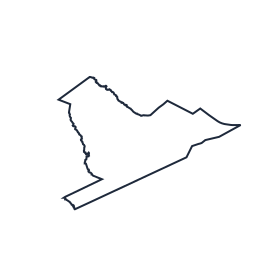 outline of Caucete, San Juan, Argentina, rotated 324°
{"feature_id": "61730980B84345100673034", "entity_name": "Caucete", "entity_type": "district", "adm_level": 2, "iso_a3": "ARG", "parent_name": "Argentina", "parent_adm1": "San Juan", "projection": "orthographic", "projection_center": [-67.711, -31.425], "detail": "fine", "context": "isolated", "style": "outline", "palette": "slate", "viewbox_px": 256, "rotation_deg": 324, "n_neighbors": 0, "source": "geoboundaries", "source_scale": "gbopen_adm2", "svg_char_len": 5191}
<svg xmlns="http://www.w3.org/2000/svg" viewBox="0 0 256 256"><g transform="rotate(324 128 128)"><path d="M158.1,186.1L169.2,180.3L175.9,182.4L177.0,182.9L177.5,183.0L178.6,183.4L179.4,183.4L181.3,183.3L182.3,183.3L183.4,183.2L196.5,188.7L220.9,191.8L214.3,187.1L212.9,185.9L209.3,182.4L208.3,181.4L206.8,179.5L205.7,177.7L205.5,177.4L204.5,175.1L201.1,165.2L197.9,154.7L188.8,154.6L175.9,129.1L170.5,129.6L164.8,129.6L153.7,130.8L151.7,129.8L151.1,129.4L149.6,128.1L148.9,127.7L148.7,127.3L148.4,127.0L148.1,126.8L147.1,126.5L146.9,126.2L145.8,125.9L145.7,125.8L145.5,125.1L145.3,124.7L145.1,124.3L144.4,123.1L144.3,122.9L143.7,122.3L143.7,122.0L143.7,121.5L143.4,121.3L143.1,121.2L142.7,120.4L142.6,119.8L142.4,119.4L142.0,118.4L141.8,117.4L141.8,116.3L141.7,116.0L141.7,115.5L141.5,115.0L141.5,114.9L141.5,114.7L141.5,113.9L141.2,113.5L140.9,112.8L140.7,112.3L140.6,112.1L140.3,111.3L140.1,111.0L140.1,110.7L139.8,110.5L139.7,110.4L139.8,110.0L139.7,109.6L140.4,108.9L140.4,108.6L140.2,108.3L139.9,108.1L139.7,108.0L139.4,108.2L139.2,108.0L139.3,107.6L139.3,107.4L139.0,107.3L138.8,106.9L138.7,106.7L138.8,106.0L138.8,105.7L138.9,105.1L138.9,104.9L138.5,104.4L138.4,104.1L138.0,104.2L137.9,104.2L137.7,104.0L137.5,103.7L137.7,102.8L137.7,102.7L137.4,102.1L137.0,101.7L136.9,101.5L136.8,101.2L136.7,100.7L136.4,100.1L136.4,99.8L136.7,99.2L136.5,98.6L136.5,98.3L137.1,97.1L137.5,96.7L137.4,96.2L137.5,96.0L137.5,95.9L137.2,95.5L137.1,95.2L137.6,94.7L137.4,94.2L137.0,93.3L136.9,93.1L136.7,92.9L136.8,92.6L136.7,92.1L137.0,91.7L137.1,91.4L137.0,91.0L137.1,90.6L137.0,90.4L136.9,90.1L136.8,89.9L136.2,89.6L136.2,89.3L136.3,89.0L136.2,88.6L136.2,88.2L136.0,87.9L136.1,87.5L136.3,87.3L136.2,87.0L136.0,86.9L135.9,86.9L135.8,86.5L135.9,86.0L135.8,85.7L135.6,85.6L135.1,85.6L134.5,85.4L134.2,85.4L133.9,84.9L133.6,84.8L133.6,84.6L133.6,84.3L133.3,84.1L133.1,83.5L133.2,83.3L133.8,82.2L134.0,82.1L134.8,81.8L134.9,81.4L135.1,81.4L135.1,81.2L135.0,80.9L134.9,80.8L134.5,80.7L133.4,80.6L132.9,80.5L132.8,80.3L132.8,80.0L132.8,79.9L132.6,79.8L132.2,79.8L131.7,79.2L131.4,79.1L131.2,78.6L130.7,78.5L130.4,78.2L130.5,77.9L130.6,77.2L130.4,77.0L130.0,77.1L129.9,77.0L129.8,76.6L129.9,76.1L130.0,75.7L129.8,75.3L129.8,75.1L129.8,74.2L129.8,73.8L129.7,73.7L129.1,73.1L129.1,72.9L129.3,72.6L129.2,72.4L129.2,72.1L129.0,71.9L129.0,71.7L129.6,71.4L129.8,71.4L130.1,71.4L130.2,71.0L130.3,70.9L130.4,70.5L130.5,70.4L130.4,70.2L130.0,69.7L129.7,69.3L129.6,69.2L129.5,68.9L129.5,68.6L129.6,68.2L130.1,67.7L129.9,67.3L129.7,67.1L129.6,66.9L129.4,66.6L129.2,66.5L128.9,66.6L128.7,66.4L128.5,66.0L128.0,65.4L128.0,65.2L127.3,64.4L127.0,64.2L126.6,64.3L126.5,64.2L126.2,64.2L88.5,64.3L95.3,74.8L89.4,80.7L89.2,81.2L89.3,81.4L89.0,81.8L89.0,82.0L89.0,82.3L89.1,82.7L89.0,82.9L88.6,83.1L88.2,83.5L87.9,84.1L87.8,84.4L87.8,84.6L87.7,85.1L87.6,85.5L87.8,86.1L87.4,86.6L87.1,87.1L86.6,87.3L86.3,87.8L86.2,88.6L86.2,88.8L86.4,90.3L86.2,91.0L86.3,91.5L86.4,91.9L86.4,92.1L86.5,92.5L86.4,92.6L86.1,92.6L85.9,92.9L85.8,93.0L85.7,93.2L85.3,93.4L85.1,93.6L84.8,93.6L84.8,93.8L84.7,94.1L84.8,94.4L84.9,94.5L85.2,94.8L85.9,95.2L85.9,95.3L86.0,95.7L86.1,95.8L86.1,96.1L86.2,96.5L85.8,96.9L85.0,97.3L84.8,97.6L84.6,97.9L84.7,98.0L84.9,98.4L85.0,98.7L85.0,98.9L85.0,99.2L85.2,99.4L85.3,99.7L85.3,100.4L85.0,101.0L85.2,101.4L84.9,102.2L85.2,102.7L85.2,102.9L85.2,103.6L85.2,103.8L84.8,104.4L84.9,104.5L85.0,104.8L85.0,105.2L85.1,105.3L85.4,106.3L85.3,106.6L85.3,106.8L85.2,107.4L85.2,107.6L85.5,107.8L85.3,108.2L85.0,108.3L84.7,108.7L84.5,109.0L84.4,109.6L83.7,109.6L83.4,109.6L83.0,109.8L82.7,110.5L83.0,111.0L82.9,112.0L82.7,112.4L82.9,112.7L82.7,113.0L82.5,113.4L82.5,113.7L82.4,114.1L82.2,114.4L82.1,114.6L82.2,115.1L82.3,115.2L82.4,115.6L82.5,115.8L82.4,116.4L82.4,116.8L82.1,117.1L82.0,117.6L81.8,117.8L81.1,118.1L80.9,118.3L80.6,118.8L79.8,119.8L79.6,120.0L79.2,120.2L79.2,120.4L79.0,120.6L78.3,121.4L78.3,121.5L78.5,121.7L78.7,121.9L78.6,122.5L79.1,122.7L79.2,122.8L79.0,123.5L78.8,123.6L78.8,123.8L79.0,123.9L79.1,124.1L78.9,124.4L78.6,124.6L78.6,124.8L79.0,125.0L79.3,125.0L79.7,125.0L80.8,125.0L81.7,124.8L81.7,125.3L81.6,125.5L81.0,125.9L80.7,126.5L80.2,127.0L80.1,127.5L79.8,127.5L79.6,127.4L79.4,127.3L79.2,127.6L77.8,126.8L77.6,126.8L77.3,127.4L76.9,127.7L76.1,128.7L75.8,128.9L75.3,128.7L74.8,128.7L74.5,128.8L74.2,129.3L73.9,129.6L73.5,130.0L73.0,130.2L72.6,130.6L72.5,131.1L72.2,131.3L73.0,132.1L72.5,133.7L71.3,137.3L71.3,138.0L71.8,138.5L71.6,139.3L70.6,139.6L70.4,140.1L70.6,140.6L70.6,141.2L71.5,142.1L71.8,143.6L71.2,144.2L71.6,144.6L71.7,146.0L76.8,154.1L42.2,147.8L36.9,146.8L35.1,146.7L35.9,147.3L36.0,147.7L35.7,148.3L35.4,148.6L35.2,148.8L35.6,149.1L35.9,149.2L36.0,149.4L35.9,149.6L36.1,150.3L36.4,150.8L36.5,151.1L36.7,151.6L36.8,152.0L37.0,152.7L37.4,153.3L37.4,153.7L37.3,154.1L37.5,154.5L37.4,155.3L37.5,156.1L37.3,156.9L37.9,157.6L38.2,157.8L38.3,158.1L37.9,158.1L37.6,158.3L37.6,158.6L37.8,158.6L37.9,158.9L38.0,158.9L38.0,159.0L37.9,159.0L38.1,159.1L38.3,159.4L38.1,159.8L37.8,160.0L37.4,160.2L37.3,160.4L37.3,160.5L37.6,160.7L37.7,160.8L37.6,161.0L37.6,161.5L37.4,161.8L37.1,162.1L37.1,162.3L37.2,162.5L42.2,163.5L53.3,165.7L158.1,186.1Z" fill="none" stroke="#1e293b" stroke-width="2"/></g></svg>